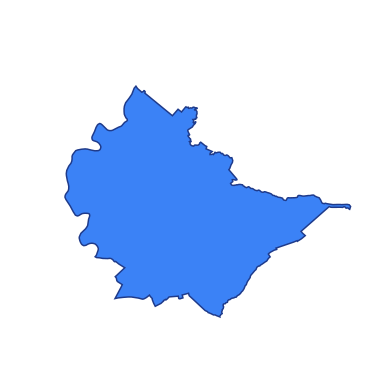 Ben Cat, Bình Dương, Vietnam (Albers equal-area conic projection), rotated 56°
{"feature_id": "81297802B37785439564270", "entity_name": "Ben Cat", "entity_type": "district", "adm_level": 2, "iso_a3": "VNM", "parent_name": "Vietnam", "parent_adm1": "Bình Dương", "projection": "albers", "projection_center": [106.613, 11.132], "detail": "fine", "context": "isolated", "style": "filled", "palette": "blue", "viewbox_px": 384, "rotation_deg": 56, "n_neighbors": 0, "source": "geoboundaries", "source_scale": "gbopen_adm2", "svg_char_len": 6052}
<svg xmlns="http://www.w3.org/2000/svg" viewBox="0 0 384 384"><g transform="rotate(56 192 192)"><path d="M292.0,127.4L291.5,122.5L287.8,123.4L285.6,123.6L280.8,86.4L282.2,85.5L283.0,84.5L287.5,77.7L289.0,75.7L289.2,74.3L289.5,73.9L290.4,73.4L291.6,73.3L291.9,72.4L292.5,71.7L293.4,71.3L294.4,71.2L294.6,71.0L292.7,68.6L290.5,68.8L289.0,70.3L286.0,75.2L285.3,76.0L283.8,78.2L281.3,82.2L277.5,86.3L276.1,87.6L275.8,87.9L275.7,88.8L274.5,90.0L274.2,90.2L273.2,90.3L270.3,89.8L267.9,89.8L265.5,91.6L264.6,92.0L264.0,92.5L262.6,92.8L261.6,94.4L260.9,96.2L259.8,97.8L259.6,98.4L257.9,101.7L257.0,102.8L255.3,104.4L254.5,105.5L254.4,106.3L255.2,107.5L255.0,108.5L254.1,110.2L251.5,114.3L250.7,115.2L250.4,115.9L250.4,116.5L250.7,117.1L251.4,118.2L251.5,118.8L251.2,119.3L249.8,120.5L248.8,120.6L248.6,120.5L247.8,120.4L246.0,121.8L244.5,123.5L243.9,123.9L242.7,124.4L242.4,125.1L241.6,125.5L241.0,125.7L240.4,126.3L240.1,126.8L237.8,127.4L236.3,128.4L234.4,130.0L233.2,130.8L232.2,131.9L232.1,133.1L231.8,133.5L230.7,134.5L228.4,135.1L227.5,136.0L227.5,136.8L227.1,137.5L225.9,138.6L224.9,139.1L223.3,139.7L222.6,140.3L222.0,141.2L219.6,141.9L219.2,142.3L219.0,143.7L218.8,144.5L217.2,145.4L216.5,145.5L215.6,146.1L214.3,146.1L212.7,147.8L211.9,149.0L211.5,150.3L211.0,150.9L210.7,152.0L210.3,152.5L210.2,153.2L209.1,154.7L208.6,155.1L208.1,155.3L206.4,155.2L206.2,152.4L204.3,151.7L204.7,150.9L206.6,149.1L207.0,148.0L206.9,147.8L206.5,147.7L205.7,147.7L194.1,149.0L193.7,147.7L191.3,144.4L190.2,142.1L188.7,140.6L185.8,139.8L185.0,141.3L182.1,141.7L181.1,142.2L180.7,142.5L180.6,143.4L180.2,144.2L179.4,144.9L178.9,145.0L177.4,145.1L177.1,145.2L176.8,146.0L176.5,146.2L176.2,146.3L175.0,146.3L174.8,146.5L174.1,147.3L173.4,148.8L173.2,149.8L172.7,150.4L172.0,150.6L171.9,150.9L172.5,151.7L172.7,152.7L172.9,153.2L172.2,153.4L172.0,154.5L171.1,156.0L170.9,155.8L170.6,155.9L169.9,155.1L169.9,154.1L169.7,152.6L164.1,156.2L162.5,154.3L161.0,155.2L155.6,156.9L155.7,158.2L156.5,159.2L156.6,160.5L156.2,161.4L154.7,163.3L154.6,163.9L154.9,164.9L154.0,165.9L153.1,166.5L151.7,166.8L151.1,166.7L150.3,166.1L149.7,165.9L148.7,166.0L148.7,165.8L149.6,164.9L149.7,164.6L149.5,164.4L148.4,164.3L147.9,164.2L147.6,163.7L147.1,163.6L146.3,163.9L143.3,164.0L142.9,163.6L143.3,162.6L143.3,162.1L143.1,161.9L141.8,161.8L139.3,161.4L138.6,161.1L138.3,160.6L138.2,160.0L138.3,155.3L137.5,153.6L137.0,151.2L136.3,149.9L136.1,149.7L135.7,149.9L136.0,151.2L135.9,151.8L135.8,152.0L135.0,152.1L134.1,150.9L133.8,150.7L132.4,150.7L133.7,148.3L133.6,148.0L133.0,147.9L133.2,146.7L133.1,146.4L132.1,146.2L131.5,145.9L130.4,145.0L130.1,144.2L128.0,142.9L126.2,143.0L125.7,143.8L125.3,143.9L124.9,142.7L124.9,142.3L125.6,141.5L125.6,141.0L125.4,140.9L125.0,140.9L124.3,141.8L124.1,142.1L123.0,142.8L122.3,143.6L122.4,144.9L122.3,145.3L121.5,146.0L121.0,147.8L120.7,148.1L119.7,147.6L119.5,147.8L119.3,148.6L119.1,148.9L118.3,149.4L118.0,149.4L118.0,149.9L119.8,156.0L115.6,157.3L117.8,165.6L83.7,175.8L82.8,174.8L81.5,174.8L81.1,175.1L81.1,175.3L81.5,175.7L81.2,177.8L75.7,179.3L72.9,179.3L73.6,181.9L77.3,187.2L79.0,191.4L80.9,197.1L83.0,200.0L84.9,201.7L87.3,203.3L89.6,204.6L90.9,204.9L93.6,205.3L95.4,205.0L96.4,205.5L96.6,206.0L96.7,206.6L96.6,209.0L97.8,213.2L97.8,214.2L97.2,216.7L96.4,223.3L95.9,224.7L94.7,226.4L93.2,227.5L86.2,228.9L84.4,229.5L83.6,230.2L83.4,231.9L83.6,233.0L84.8,235.4L87.3,238.9L90.1,243.7L91.1,244.7L92.5,245.3L93.3,245.4L94.4,244.9L97.1,242.8L99.4,241.9L102.1,241.9L103.4,242.2L104.2,242.8L105.2,244.1L105.5,245.0L105.3,246.6L103.6,249.4L100.9,252.1L97.9,254.8L96.5,256.5L94.7,259.8L93.2,263.3L92.7,265.3L93.8,268.7L94.5,270.4L95.4,271.5L97.5,272.9L99.0,274.2L99.4,274.7L100.5,276.3L101.6,279.6L104.1,283.8L106.4,285.9L108.3,287.0L113.2,289.1L115.8,289.9L118.4,291.0L120.6,292.6L121.8,294.0L123.2,297.9L123.9,299.0L125.2,300.2L126.5,300.5L127.8,300.7L135.4,300.8L142.1,301.5L146.0,301.6L147.7,300.5L148.2,299.2L148.4,295.5L148.9,294.2L149.7,292.7L151.3,290.5L152.3,289.6L152.9,289.4L154.1,289.8L155.0,290.6L156.7,292.9L161.1,296.9L161.8,297.8L163.0,300.7L164.1,307.2L166.1,310.4L167.0,311.2L169.3,312.1L170.9,312.5L172.5,312.7L173.6,312.7L174.5,312.5L175.9,311.8L176.3,311.1L176.9,309.6L177.0,307.6L177.5,305.5L178.5,303.6L179.6,302.4L180.7,301.5L181.6,301.1L183.8,300.8L185.1,300.9L186.5,301.3L187.7,302.3L190.7,306.3L191.1,307.1L191.5,308.5L193.0,307.8L194.8,305.5L197.1,303.2L200.0,299.2L201.0,297.3L201.9,296.3L203.8,295.5L205.7,295.4L206.4,295.2L206.8,294.8L206.9,294.1L210.6,293.0L217.2,290.1L219.3,303.0L219.9,302.9L221.2,302.9L223.2,303.8L224.5,303.9L229.8,301.6L231.4,304.3L237.3,315.4L238.5,312.4L241.1,307.5L243.4,303.5L245.2,300.9L250.0,295.7L253.0,293.1L253.5,292.3L253.8,291.1L254.0,288.7L253.7,284.9L255.2,285.0L257.7,284.6L258.3,284.6L258.9,285.1L262.8,286.0L266.2,286.4L267.0,280.0L266.7,278.2L266.5,276.5L266.1,276.3L266.2,274.1L266.9,274.0L266.8,272.3L266.2,269.6L270.7,261.6L272.8,262.5L273.2,262.4L273.8,261.8L274.7,258.7L271.9,257.7L274.0,251.5L276.4,252.3L297.6,247.4L299.8,246.1L301.2,246.0L301.9,245.2L302.9,244.8L303.5,244.2L304.6,243.7L305.2,243.3L305.9,243.0L306.9,241.5L308.3,240.8L308.6,240.5L311.1,238.8L310.5,238.6L310.3,237.6L309.7,236.6L309.7,235.0L309.5,234.8L308.7,234.8L307.8,234.3L307.4,233.4L306.5,232.8L306.2,231.5L305.4,230.5L304.7,229.9L303.8,229.9L303.2,229.3L302.6,228.9L302.5,228.6L302.7,227.9L303.2,226.9L302.8,225.9L303.2,224.4L303.1,224.1L302.2,223.2L302.0,222.7L301.9,222.1L302.0,221.5L302.4,220.9L302.3,219.5L302.4,218.3L303.2,216.5L303.3,215.1L303.7,214.6L303.9,214.0L303.3,212.4L303.5,210.2L303.3,209.4L303.3,208.8L302.5,206.7L302.3,205.3L301.3,203.0L299.5,200.4L299.2,198.8L298.0,197.3L297.2,196.0L295.5,191.7L294.5,190.7L294.0,190.0L292.3,183.9L292.1,182.3L290.7,180.4L290.6,178.9L290.7,178.1L291.2,177.2L290.9,176.2L291.0,174.2L290.9,169.7L291.0,169.5L291.0,168.6L290.0,166.3L289.6,164.8L289.5,163.5L286.1,163.4L285.9,162.5L285.8,160.6L286.2,156.3L287.0,153.9L286.9,153.7L285.5,153.7L290.4,135.6L291.1,132.1L291.8,132.2L292.0,127.4Z" fill="#3b82f6" stroke="#1e3a8a" stroke-width="1.5"/></g></svg>